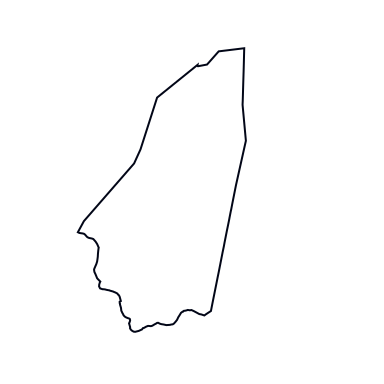 Santa Ana Cuauhtémoc, Oaxaca, Mexico (Natural Earth projection), rotated 213°
{"feature_id": "50627088B15114769088919", "entity_name": "Santa Ana Cuauhtémoc", "entity_type": "district", "adm_level": 2, "iso_a3": "MEX", "parent_name": "Mexico", "parent_adm1": "Oaxaca", "projection": "natural_earth1", "projection_center": [-96.808, 17.985], "detail": "fine", "context": "isolated", "style": "outline", "palette": "ink", "viewbox_px": 384, "rotation_deg": 213, "n_neighbors": 0, "source": "geoboundaries", "source_scale": "gbopen_adm2", "svg_char_len": 2108}
<svg xmlns="http://www.w3.org/2000/svg" viewBox="0 0 384 384"><g transform="rotate(213 192 192)"><path d="M173.3,47.6L170.2,44.9L169.9,44.1L168.5,43.3L166.9,43.0L164.9,43.1L164.3,43.4L163.5,43.8L161.0,46.5L160.0,48.1L159.1,49.5L159.0,51.1L158.1,52.1L157.3,53.8L156.0,55.7L154.8,56.4L153.4,57.1L152.4,58.3L151.8,59.6L151.2,60.8L150.5,62.0L150.0,63.2L149.1,63.9L147.5,64.0L146.3,64.3L145.7,64.5L143.7,65.4L141.0,66.4L138.1,68.6L137.4,69.4L137.2,69.6L136.1,70.5L135.5,71.8L135.1,74.4L134.9,76.7L135.3,79.5L135.3,81.8L135.4,84.7L134.7,86.6L134.4,86.7L134.1,87.9L133.0,88.8L131.8,90.1L131.4,90.7L130.2,91.3L129.4,91.6L128.2,92.7L125.6,93.1L122.1,93.4L119.4,93.6L117.5,94.4L115.9,94.8L114.4,95.2L113.8,96.8L112.9,98.9L111.3,102.5L114.2,109.7L120.4,125.3L123.3,132.6L123.7,133.6L125.9,139.2L127.1,142.2L133.0,156.9L133.3,157.6L135.7,163.8L137.2,167.4L141.6,178.4L143.7,183.8L146.0,189.6L146.3,190.3L147.8,194.0L149.0,197.0L149.7,198.9L151.9,204.3L158.8,221.6L171.1,254.6L174.7,264.3L197.1,292.7L199.4,296.6L204.1,304.3L206.9,308.9L207.7,310.2L214.3,321.1L218.7,328.3L226.5,341.0L246.2,324.5L248.8,307.1L255.5,300.7L256.2,300.6L256.6,301.6L272.7,252.2L258.4,199.7L256.1,184.4L266.8,108.7L265.8,96.1L264.2,96.3L262.8,96.9L261.1,97.7L259.9,98.1L259.0,98.1L257.7,97.8L255.7,97.2L254.4,97.2L253.3,97.4L251.8,98.0L250.5,98.5L249.1,98.8L245.9,97.9L243.2,96.7L241.4,95.5L239.9,94.5L239.8,94.1L238.8,92.0L237.3,89.1L235.7,86.3L234.7,84.2L233.7,82.0L233.0,79.5L232.3,75.3L232.0,73.8L231.4,73.0L230.3,71.8L230.0,71.6L228.5,70.7L226.6,69.4L224.6,68.0L223.5,67.7L220.1,66.9L220.0,65.8L219.4,63.8L218.5,62.2L217.6,61.7L216.6,61.1L214.2,61.7L213.7,62.0L212.0,62.9L210.4,63.4L208.4,64.2L207.8,64.5L207.0,64.6L205.8,65.0L203.8,65.6L202.9,65.7L201.5,66.0L199.2,66.2L198.3,65.7L197.8,65.7L197.1,65.6L195.8,64.9L194.1,63.4L192.3,61.8L192.9,60.6L192.1,59.4L191.4,59.0L191.1,58.4L189.9,57.4L188.4,56.1L186.7,54.0L184.3,52.5L183.2,52.0L182.4,51.4L181.4,51.1L180.3,50.9L179.5,50.9L178.7,51.0L177.5,51.2L175.5,51.7L174.9,51.6L174.5,51.2L174.0,50.7L173.7,49.9L173.3,48.3L173.3,47.6Z" fill="none" stroke="#020617" stroke-width="2"/></g></svg>